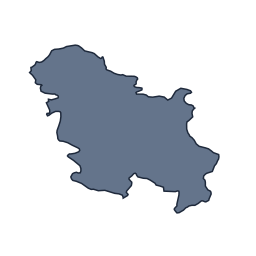 outline of Republic of Serbia, rotated 345°
{"feature_id": "SRB", "entity_name": "Republic of Serbia", "entity_type": "country or territory", "adm_level": 0, "iso_a3": "SRB", "parent_name": "Europe", "parent_adm1": "", "projection": "robinson", "projection_center": [20.755, 44.206], "detail": "fine", "context": "isolated", "style": "filled", "palette": "slate", "viewbox_px": 256, "rotation_deg": 345, "n_neighbors": 0, "source": "natural_earth", "source_scale": "50m", "svg_char_len": 3163}
<svg xmlns="http://www.w3.org/2000/svg" viewBox="0 0 256 256"><g transform="rotate(345 128 128)"><path d="M145.0,97.5L151.3,99.2L154.2,100.9L155.7,103.1L159.8,104.6L166.4,105.3L171.0,107.5L173.6,111.3L177.8,110.4L183.6,104.8L189.3,103.3L194.9,106.0L198.0,108.2L198.6,109.9L197.3,110.6L194.1,110.3L191.6,111.4L189.6,113.8L189.3,116.5L190.7,119.3L192.7,121.2L195.3,122.2L196.7,123.7L196.9,125.6L197.6,126.1L196.1,126.9L194.5,128.2L193.6,130.4L193.4,134.0L188.4,136.7L186.6,137.3L185.7,139.1L184.4,144.3L184.6,148.2L185.3,150.2L185.6,151.9L187.3,153.9L188.8,156.9L189.8,161.0L192.0,164.1L197.6,167.2L200.4,169.0L202.5,171.6L204.1,173.9L208.7,177.1L208.4,179.3L207.4,181.5L206.3,182.5L204.1,185.3L201.8,186.9L198.2,191.8L192.4,192.1L191.0,192.5L188.8,193.8L187.7,196.3L188.8,198.3L188.7,200.3L187.7,204.2L189.1,208.4L191.2,210.3L191.5,211.4L191.2,213.3L188.1,217.3L187.2,218.8L184.1,219.5L183.1,219.1L181.5,217.8L180.0,217.4L176.4,219.0L172.6,220.0L169.7,219.2L166.8,219.1L164.8,219.8L163.2,220.0L160.3,221.7L155.5,223.0L153.3,222.7L152.5,221.1L151.6,218.8L152.0,217.8L155.1,215.9L155.5,214.2L159.9,205.8L160.7,203.1L160.7,202.2L159.6,201.6L157.2,201.7L146.4,198.3L146.9,194.4L143.8,192.3L140.4,190.4L139.8,188.3L136.0,184.1L133.3,181.7L129.8,180.5L126.7,178.8L124.9,177.8L124.1,175.8L124.1,174.6L123.2,173.5L121.7,173.6L119.3,175.2L116.2,176.5L115.7,177.5L116.8,179.9L117.6,181.3L117.2,182.7L116.3,184.5L110.4,188.5L109.7,189.8L110.9,192.1L110.1,193.1L105.2,194.5L105.4,193.3L105.1,191.4L102.3,189.3L98.3,187.7L89.5,182.2L86.2,181.5L83.1,180.9L78.8,178.2L76.6,177.8L74.1,175.9L68.8,169.5L64.3,166.1L61.1,164.3L60.3,162.6L60.1,160.9L60.2,160.3L62.6,157.8L64.4,157.4L66.7,157.4L68.3,158.6L70.3,158.9L71.4,157.3L72.0,155.0L71.8,152.0L67.0,145.2L62.8,140.4L62.3,139.3L63.3,138.4L64.7,137.9L66.3,138.3L70.3,138.7L74.3,138.2L75.6,137.1L75.6,135.5L74.2,134.0L69.6,130.1L66.1,126.7L61.9,124.0L58.8,122.9L57.9,121.6L57.5,120.1L57.9,117.5L58.1,114.1L58.9,112.0L61.7,108.0L64.4,103.8L66.1,99.7L67.0,95.9L66.7,94.8L65.3,94.0L62.3,93.2L58.2,93.9L54.8,95.3L53.4,95.4L53.0,93.7L53.5,93.0L54.6,93.1L55.5,93.4L56.5,92.6L57.0,90.3L55.7,82.5L58.3,81.8L58.3,80.6L58.6,79.6L61.2,81.0L65.0,81.0L68.3,80.8L68.8,80.0L68.8,78.9L68.1,78.0L66.9,77.3L66.1,76.2L63.9,75.7L56.9,72.9L53.5,69.9L53.7,66.7L54.7,65.0L55.9,64.4L55.5,63.8L51.6,62.3L50.2,60.3L51.4,57.6L49.4,52.3L47.3,49.0L49.4,47.6L49.7,45.5L49.9,44.4L50.8,44.4L54.2,43.1L55.4,42.0L56.2,40.7L57.0,40.3L59.2,41.7L61.6,41.9L64.3,41.0L66.4,39.8L68.8,38.7L69.9,38.0L71.3,36.9L74.2,33.7L77.3,33.0L81.6,33.8L86.3,34.1L89.7,33.4L98.5,34.3L100.4,35.1L101.6,35.9L103.9,38.7L106.1,42.3L109.2,44.0L112.8,45.9L114.7,47.4L117.5,51.7L119.6,53.8L120.4,53.7L121.1,53.2L121.6,52.7L122.2,53.1L122.2,54.4L122.4,57.3L121.8,60.4L122.6,63.3L122.6,64.2L122.1,65.1L122.2,65.8L122.9,66.6L125.9,68.6L128.7,71.5L131.8,73.6L134.8,75.0L136.7,75.1L139.7,77.5L145.8,79.2L147.7,79.8L149.0,80.8L150.0,82.0L150.0,83.2L149.1,83.8L147.8,85.4L147.3,87.5L146.3,88.0L145.4,88.0L144.7,88.6L144.8,89.5L145.6,90.3L146.9,91.1L149.3,91.9L151.7,93.0L151.7,93.9L151.2,94.8L148.2,95.2L145.9,95.4L144.9,95.8L145.0,97.5Z" fill="#64748b" stroke="#1e293b" stroke-width="1.5"/></g></svg>